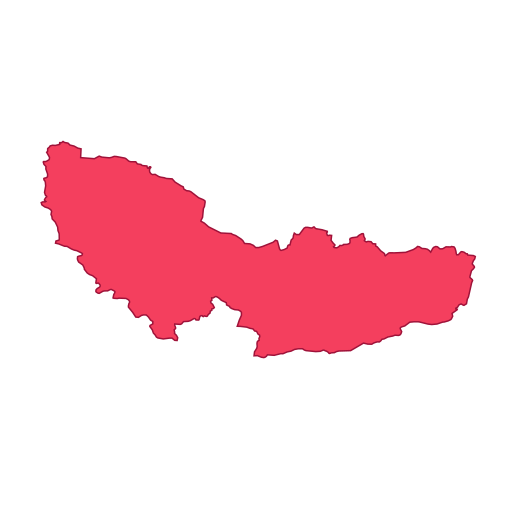 the district of Turrubares, San José, Costa Rica, rotated 274°
{"feature_id": "36466004B44597277334716", "entity_name": "Turrubares", "entity_type": "district", "adm_level": 2, "iso_a3": "CRI", "parent_name": "Costa Rica", "parent_adm1": "San José", "projection": "natural_earth1", "projection_center": [-84.504, 9.748], "detail": "fine", "context": "isolated", "style": "filled", "palette": "rose", "viewbox_px": 512, "rotation_deg": 274, "n_neighbors": 0, "source": "geoboundaries", "source_scale": "gbopen_adm2", "svg_char_len": 6070}
<svg xmlns="http://www.w3.org/2000/svg" viewBox="0 0 512 512"><g transform="rotate(274 256 256)"><path d="M344.9,39.9L340.1,43.1L338.2,43.1L337.5,42.7L335.9,40.4L335.5,39.4L335.4,37.5L334.9,37.2L332.6,38.1L330.7,40.2L328.1,40.3L323.2,42.4L320.7,42.5L320.3,42.3L319.4,41.2L318.8,39.2L318.3,38.9L317.0,39.3L316.1,40.2L314.9,40.7L311.3,41.3L304.7,40.6L301.9,41.7L301.3,42.7L300.5,43.1L299.7,42.2L297.6,41.1L296.9,41.1L295.7,42.6L295.3,41.9L295.1,39.4L294.3,38.0L292.1,38.8L290.2,41.9L289.3,45.4L288.3,47.3L287.3,48.5L286.3,49.0L283.1,48.6L281.3,49.6L278.8,50.1L275.8,53.4L271.0,56.1L267.5,56.7L264.5,58.1L258.9,58.6L258.1,58.3L257.0,55.4L254.8,55.1L254.3,58.3L252.4,64.2L252.4,66.9L250.2,71.2L249.2,74.2L248.8,76.9L246.8,81.9L246.1,82.7L244.9,82.5L244.2,81.7L243.6,79.5L242.9,78.1L240.8,78.0L239.5,78.4L237.6,79.5L235.0,83.8L232.1,85.5L230.8,85.7L227.3,88.8L225.9,91.2L225.0,94.3L222.2,98.4L217.9,98.1L217.5,99.1L217.9,99.9L217.9,100.8L216.6,102.2L215.9,102.6L214.9,102.6L214.0,102.1L212.5,99.9L211.1,98.8L209.6,98.7L208.9,99.1L207.9,101.0L207.8,102.2L210.2,105.8L210.6,107.2L210.9,110.5L212.4,113.0L212.5,114.2L211.2,117.1L210.7,117.7L209.6,117.7L207.6,116.8L204.2,116.3L203.9,117.2L203.9,120.6L204.4,122.3L204.6,129.3L203.4,131.9L202.0,133.0L200.9,133.1L199.5,132.5L197.4,132.2L196.1,132.3L191.2,136.9L186.7,140.3L186.6,143.0L188.8,146.0L189.4,148.0L189.5,150.7L187.7,152.9L184.7,155.3L183.5,157.6L181.1,157.8L179.3,155.1L178.3,155.0L175.1,157.7L172.0,159.0L170.1,161.0L168.2,162.3L167.4,163.8L166.8,169.3L168.0,175.2L168.2,178.0L166.2,180.8L166.2,183.2L169.0,183.6L171.4,182.1L173.1,180.1L174.3,180.2L176.6,179.5L178.0,180.8L178.9,180.8L181.3,179.7L182.5,179.7L182.5,185.2L183.1,186.5L185.5,188.3L186.1,192.9L186.9,195.0L189.3,198.6L189.2,199.7L188.0,200.6L188.1,203.2L188.4,203.6L191.8,204.2L192.6,205.3L192.7,206.5L192.0,207.1L191.9,207.9L192.7,208.6L192.3,210.3L192.3,211.1L192.7,211.7L194.4,212.5L195.8,214.1L197.9,214.3L198.7,215.7L200.1,215.6L200.7,217.3L201.7,218.0L204.7,216.2L206.2,214.2L207.7,213.9L208.7,215.1L211.1,214.7L211.2,216.2L212.7,218.3L212.7,219.4L212.0,221.0L210.8,222.9L210.0,223.6L209.1,225.2L207.4,229.6L205.1,230.1L203.9,233.1L202.8,233.7L201.9,235.4L201.0,238.4L200.9,242.3L199.7,244.6L198.7,245.4L195.8,245.6L190.8,243.8L184.6,242.2L184.7,245.3L184.4,251.7L183.4,255.2L183.1,258.0L181.1,259.9L180.9,261.6L180.5,262.1L178.3,263.4L177.3,265.1L175.7,265.4L174.0,264.7L172.2,265.0L171.2,263.7L170.3,263.2L168.5,263.1L165.9,263.5L164.0,263.2L160.3,261.2L156.3,261.0L156.7,264.4L155.4,268.4L155.2,270.9L155.6,272.0L156.7,273.4L158.2,274.3L158.2,281.1L160.3,287.5L160.4,289.7L162.5,293.8L163.5,297.5L165.5,301.0L166.4,304.7L166.7,308.9L165.6,310.7L165.1,312.4L164.8,322.2L165.4,326.8L166.8,329.6L166.8,330.5L166.2,331.8L165.9,333.2L164.8,335.0L164.0,335.6L163.9,336.2L164.7,338.1L165.0,340.8L166.3,343.0L167.0,345.3L168.2,357.0L176.6,369.3L175.9,373.7L176.1,377.7L177.3,379.3L178.2,381.3L178.8,383.0L178.9,385.1L180.1,386.4L181.7,387.4L182.2,389.5L184.4,393.2L185.7,398.0L186.7,400.2L186.7,403.6L187.2,405.0L188.5,406.0L190.7,406.6L193.6,404.9L194.5,405.0L195.4,406.1L196.6,409.3L200.7,414.0L201.4,418.2L201.7,423.1L200.1,432.2L199.9,436.1L200.8,441.4L203.1,446.9L203.2,448.1L204.7,452.3L206.1,454.7L206.9,455.3L209.6,456.4L212.4,455.6L216.4,460.4L216.9,460.5L217.0,459.1L217.8,458.9L219.0,460.6L221.4,461.9L222.3,463.5L222.4,464.2L221.4,466.2L221.3,466.9L223.0,469.3L227.7,469.8L230.1,470.8L244.4,473.0L246.7,473.8L247.6,473.3L249.5,470.9L250.3,470.8L256.4,472.0L258.3,473.7L259.9,474.7L260.8,474.5L263.0,472.4L263.7,472.3L266.5,473.2L268.3,474.4L270.8,474.8L271.6,472.9L271.7,467.2L272.9,466.7L272.9,465.5L274.3,463.3L274.7,461.3L274.6,460.4L274.0,459.8L271.4,457.8L271.2,456.2L272.4,455.6L274.7,455.1L277.6,454.0L278.9,452.9L279.1,450.3L278.6,449.5L278.4,444.9L276.3,441.8L276.0,440.1L276.0,438.9L277.5,436.9L277.9,436.1L278.0,434.6L277.0,432.6L275.8,431.7L272.0,430.0L273.4,428.6L274.7,426.5L275.1,424.3L275.1,421.0L276.6,418.3L276.8,416.5L275.3,415.1L273.4,412.5L270.1,405.1L268.8,394.1L268.5,389.2L268.2,388.2L265.2,384.9L265.5,384.6L267.3,384.0L267.7,383.5L269.9,380.0L273.6,376.3L274.3,374.7L276.4,374.5L276.4,371.6L278.3,369.8L278.4,366.7L277.7,365.0L278.8,363.0L280.6,363.7L283.0,362.2L285.3,361.7L285.8,361.3L285.6,360.0L284.6,358.4L283.4,356.7L282.3,356.0L281.8,354.8L281.0,350.7L280.1,348.7L278.8,348.4L277.9,348.8L275.8,348.8L274.9,348.2L274.0,346.1L273.6,342.4L273.0,342.1L272.4,340.8L272.4,339.0L271.2,338.1L270.1,336.6L269.8,335.9L269.8,334.1L270.0,333.2L270.6,332.7L271.9,333.9L272.7,333.9L273.9,332.4L276.8,329.8L281.8,330.0L281.9,327.9L281.5,327.0L281.5,325.8L283.6,324.9L284.4,324.9L284.8,325.5L285.6,325.4L286.8,320.1L287.4,314.1L287.8,313.2L289.0,312.1L289.0,311.5L287.9,309.9L287.8,309.0L288.2,305.4L288.0,303.4L287.1,302.0L280.4,297.7L280.2,294.7L281.5,292.6L279.0,291.9L277.1,291.8L276.1,291.5L274.4,290.0L269.4,289.1L269.4,288.2L269.0,287.4L268.4,287.0L266.1,286.5L264.4,283.7L263.3,280.6L263.6,279.9L264.7,279.0L272.5,276.3L273.1,274.4L270.9,272.1L266.0,261.9L264.6,258.1L264.4,255.1L266.4,252.7L267.7,249.2L267.7,243.7L270.5,241.7L271.9,239.9L275.0,234.3L275.9,231.0L276.7,229.8L276.5,219.3L281.8,206.6L285.2,202.2L286.7,199.0L286.9,198.6L287.7,198.7L290.9,200.0L298.6,200.2L299.9,200.3L301.7,201.1L306.4,201.5L307.6,201.1L308.6,199.2L310.1,194.7L315.6,186.5L316.2,184.8L316.3,182.2L317.7,179.4L319.9,178.6L320.9,176.0L324.1,170.1L327.1,167.0L327.1,161.2L327.7,158.8L328.0,155.4L328.5,153.4L330.4,149.7L330.0,146.9L330.7,145.5L332.2,144.2L333.8,143.8L335.8,144.0L336.9,144.9L337.6,144.6L337.5,143.4L335.9,142.5L335.9,142.2L336.2,141.6L338.2,140.9L338.3,136.8L338.7,135.4L339.3,134.9L339.6,131.2L341.6,129.5L341.3,124.3L341.8,122.4L344.0,119.5L344.5,118.4L345.5,109.7L345.5,107.6L344.3,105.0L343.7,102.9L343.9,95.3L344.7,92.6L341.8,88.0L341.9,74.2L350.7,74.0L351.2,70.7L353.0,66.8L353.7,62.7L355.5,60.6L355.9,57.1L356.8,55.5L355.5,54.1L355.4,52.3L354.7,52.2L354.1,52.6L353.6,52.3L352.3,48.1L352.3,45.3L351.5,43.0L350.0,42.1L348.7,40.7L345.8,40.8L344.9,39.9Z" fill="#f43f5e" stroke="#9f1239" stroke-width="1.5"/></g></svg>